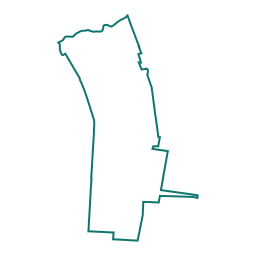 outline of Saveni, Ialomita, Romania
{"feature_id": "2599482B28938319747198", "entity_name": "Saveni", "entity_type": "district", "adm_level": 2, "iso_a3": "ROU", "parent_name": "Romania", "parent_adm1": "Ialomita", "projection": "natural_earth1", "projection_center": [27.639, 44.552], "detail": "fine", "context": "isolated", "style": "outline", "palette": "teal", "viewbox_px": 256, "rotation_deg": 0, "n_neighbors": 0, "source": "geoboundaries", "source_scale": "gbopen_adm2", "svg_char_len": 3317}
<svg xmlns="http://www.w3.org/2000/svg" viewBox="0 0 256 256"><path d="M88.4,231.3L88.6,231.3L89.1,231.3L89.4,231.3L89.8,231.3L90.4,231.4L90.5,231.4L90.9,231.4L91.2,231.4L91.3,231.4L92.6,231.5L96.4,231.7L98.8,231.8L101.0,231.9L102.5,231.9L103.7,232.0L107.0,232.2L111.1,232.4L113.6,232.5L113.4,234.9L113.4,235.6L113.2,238.0L113.1,239.3L115.3,239.4L117.4,239.5L117.6,239.5L119.7,239.6L121.4,239.7L122.2,239.8L124.0,239.8L126.7,240.0L129.2,240.2L133.4,240.4L137.6,240.6L138.3,237.3L139.0,233.9L140.5,226.1L141.8,219.8L142.6,215.7L142.7,215.2L143.0,208.5L143.3,201.9L151.0,202.1L158.7,202.5L159.3,199.2L159.9,195.9L170.1,196.2L180.3,196.5L186.6,196.7L192.9,196.9L195.1,197.4L197.3,197.9L197.5,196.7L197.7,195.5L197.5,195.4L197.3,195.4L197.2,195.3L197.2,195.2L193.7,194.7L189.1,194.0L181.0,192.9L180.9,192.9L170.9,191.5L160.9,190.1L161.8,185.3L162.6,180.5L163.5,175.3L163.7,174.0L164.1,172.1L164.4,170.3L164.4,170.2L165.4,164.6L166.4,159.0L167.8,151.1L152.5,148.9L153.0,146.8L153.0,146.6L154.7,146.2L154.9,146.3L156.4,146.4L156.8,146.2L158.2,146.3L158.3,145.9L159.8,137.5L159.9,137.2L158.9,137.1L158.3,137.0L157.3,128.9L157.0,126.8L156.0,119.5L155.3,115.3L154.5,109.2L154.1,105.7L153.6,102.2L153.3,99.7L152.5,93.5L151.9,89.3L151.7,87.6L149.1,80.0L147.4,75.0L147.3,74.8L147.3,74.6L147.5,74.4L147.5,73.8L147.7,72.9L147.9,71.0L147.9,70.0L147.4,69.5L146.8,68.7L144.1,69.1L142.6,69.4L141.5,69.4L138.8,62.4L141.0,62.6L139.7,58.3L138.4,54.1L141.3,53.3L140.1,50.0L139.4,48.3L138.8,46.8L139.2,46.7L138.5,44.8L137.8,43.2L137.3,41.7L136.7,40.3L136.2,38.9L135.5,37.1L134.9,35.4L134.4,34.0L133.4,31.5L131.2,25.7L128.8,19.0L128.5,18.3L128.0,17.0L127.5,15.4L127.2,15.5L126.8,15.9L126.1,16.9L125.1,17.7L123.4,18.6L121.2,19.7L119.3,20.8L118.7,21.3L117.8,21.9L116.6,22.7L115.7,23.6L114.8,24.3L113.6,25.3L112.6,25.8L111.6,26.4L111.2,26.5L110.6,26.5L109.2,25.9L108.8,25.6L108.3,25.4L107.9,25.3L107.1,25.0L106.4,24.8L104.4,25.2L103.7,25.6L103.5,25.8L103.4,26.7L103.2,28.1L103.0,29.0L102.7,29.7L102.3,30.4L101.8,31.1L101.3,31.4L100.8,31.5L98.9,31.5L98.0,31.5L97.2,31.4L96.0,31.5L94.3,31.7L93.3,31.7L92.3,31.5L91.7,31.3L91.4,31.2L90.9,31.1L90.2,31.0L89.6,30.6L88.8,30.3L88.2,30.1L87.6,30.0L87.2,30.1L86.2,30.6L85.3,30.7L84.4,30.7L83.5,30.7L82.4,30.8L81.5,30.9L80.9,31.1L80.3,31.3L79.7,31.7L78.7,32.3L78.0,32.6L77.5,32.9L76.9,33.2L76.6,33.3L76.2,33.5L75.9,33.7L75.4,34.2L74.9,34.7L74.4,35.2L73.9,35.7L73.3,36.3L73.1,36.5L72.7,36.6L72.2,36.8L71.4,36.7L70.0,36.6L68.4,36.6L67.2,36.5L66.3,36.6L65.7,36.7L65.2,36.9L64.8,37.2L64.5,37.6L64.1,38.2L63.7,39.0L63.3,39.6L63.0,40.0L62.4,40.4L61.3,41.0L58.3,42.6L58.7,43.1L59.2,43.6L59.6,44.2L59.8,44.7L59.9,45.7L59.8,46.4L59.8,46.9L59.8,47.8L59.8,48.8L59.9,49.6L60.0,50.0L60.3,51.2L60.4,51.4L61.0,52.8L61.4,53.9L61.6,54.4L61.9,54.7L62.2,54.9L62.5,55.0L62.9,55.0L63.1,54.9L63.5,54.8L65.1,53.8L65.3,53.7L68.2,58.6L76.5,72.8L76.7,73.1L79.5,77.7L79.5,77.9L80.2,80.4L80.4,81.0L80.6,81.4L81.3,82.7L82.0,84.3L84.9,91.8L87.2,98.5L90.2,107.9L94.1,120.3L94.3,123.3L94.3,123.7L94.0,128.8L93.8,134.8L93.7,136.4L93.6,137.8L93.5,139.7L93.3,144.1L93.1,146.3L91.9,167.2L91.2,177.9L91.5,177.9L91.1,185.0L90.8,188.7L90.5,194.3L90.1,201.7L89.9,205.2L89.7,208.6L89.5,212.1L89.4,214.2L89.2,218.1L89.1,219.5L89.0,220.7L88.9,221.9L88.9,222.2L88.8,224.8L88.7,227.7L88.4,231.3Z" fill="none" stroke="#0f766e" stroke-width="2"/></svg>